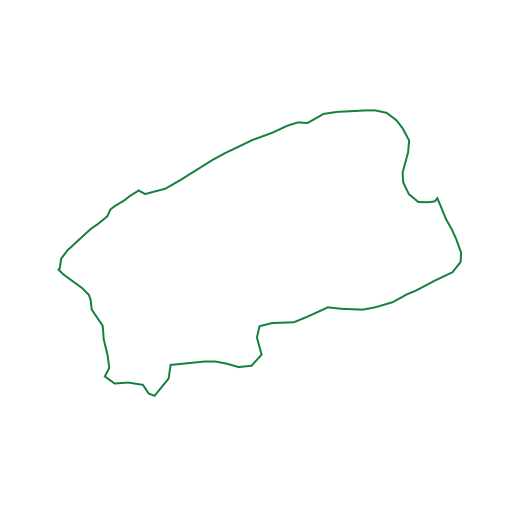 Goychay District, Göyçay, Azerbaijan (Mercator projection), rotated 328°
{"feature_id": "54616110B88730523237575", "entity_name": "Goychay District", "entity_type": "district", "adm_level": 2, "iso_a3": "AZE", "parent_name": "Azerbaijan", "parent_adm1": "Göyçay", "projection": "mercator", "projection_center": [47.853, 40.574], "detail": "fine", "context": "isolated", "style": "outline", "palette": "green", "viewbox_px": 512, "rotation_deg": 328, "n_neighbors": 0, "source": "geoboundaries", "source_scale": "gbopen_adm2", "svg_char_len": 1226}
<svg xmlns="http://www.w3.org/2000/svg" viewBox="0 0 512 512"><g transform="rotate(328 256 256)"><path d="M81.3,162.9L83.0,169.8L91.5,191.0L93.7,200.5L92.4,205.8L88.3,214.4L89.0,234.0L82.7,246.0L77.6,261.4L72.3,273.1L64.0,278.0L68.5,289.2L80.5,295.6L91.8,305.3L92.1,315.8L95.9,320.8L117.0,313.6L125.8,303.1L156.6,318.3L165.7,324.0L174.2,331.9L182.4,341.0L194.1,346.7L208.5,342.6L213.6,325.6L221.8,317.4L234.3,321.5L252.9,332.2L267.4,334.7L289.7,337.6L300.1,345.8L318.1,358.1L330.3,362.8L347.6,367.6L364.0,368.5L373.4,370.1L395.5,371.7L397.9,372.0L414.0,373.9L426.3,369.5L431.7,361.9L434.8,347.4L436.1,337.3L436.7,324.9L438.9,312.6L440.4,303.0L436.8,304.5L430.9,301.9L422.3,296.3L418.4,284.6L419.8,271.7L424.5,263.0L431.5,256.5L439.9,248.7L447.1,239.2L448.0,225.2L447.1,215.6L442.7,203.9L434.3,195.7L426.8,191.0L415.0,184.5L401.1,176.7L388.5,171.3L370.1,170.5L362.3,164.9L351.4,162.1L335.2,160.1L314.3,155.7L283.6,152.3L270.4,151.5L251.5,151.5L232.2,151.5L214.9,150.9L194.8,144.7L191.1,138.1L190.3,138.3L180.7,138.3L172.7,139.1L163.4,138.8L157.1,139.4L151.0,143.5L138.9,145.1L130.7,145.4L120.9,147.2L110.8,149.1L103.1,150.6L99.7,151.1L89.3,155.0L83.2,162.4L81.3,162.9Z" fill="none" stroke="#15803d" stroke-width="2"/></g></svg>